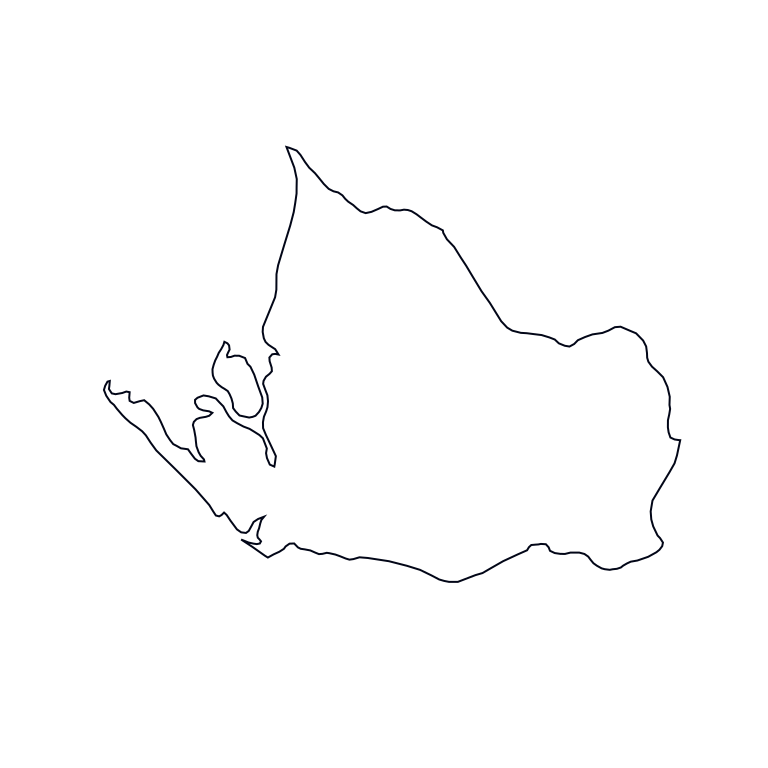 Bendjè, Ogooué-Maritime, Gabon, rotated 339°
{"feature_id": "22940354B80874584292882", "entity_name": "Bendjè", "entity_type": "district", "adm_level": 2, "iso_a3": "GAB", "parent_name": "Gabon", "parent_adm1": "Ogooué-Maritime", "projection": "natural_earth1", "projection_center": [9.224, -0.836], "detail": "fine", "context": "isolated", "style": "outline", "palette": "ink", "viewbox_px": 768, "rotation_deg": 339, "n_neighbors": 0, "source": "geoboundaries", "source_scale": "gbopen_adm2", "svg_char_len": 4655}
<svg xmlns="http://www.w3.org/2000/svg" viewBox="0 0 768 768"><g transform="rotate(339 384 384)"><path d="M494.0,261.7L489.7,256.7L485.6,253.1L481.7,247.6L478.3,242.2L475.2,237.2L471.7,232.6L468.6,230.1L465.1,228.4L461.2,227.7L456.3,225.7L452.8,222.9L450.1,219.3L446.6,218.1L441.2,218.5L434.0,218.8L428.1,217.9L424.0,214.4L421.6,210.3L419.4,205.9L415.9,200.9L414.1,197.1L412.8,193.0L409.8,188.7L405.9,186.0L402.3,182.0L399.5,175.7L397.4,169.2L395.1,162.4L391.7,155.3L389.8,148.4L388.1,140.2L386.1,134.8L380.3,129.6L377.9,127.8L377.8,149.9L376.0,161.4L373.0,168.8L370.6,174.9L366.0,183.2L361.3,191.2L353.2,202.5L341.1,217.9L327.7,235.2L323.0,242.9L317.3,257.4L313.4,264.0L302.7,275.4L291.5,287.3L289.4,291.9L288.2,298.2L288.5,302.3L290.2,306.0L293.2,310.2L294.9,312.5L296.1,318.7L293.2,316.9L290.3,316.2L286.5,318.2L285.4,321.7L285.0,328.4L283.9,331.9L280.8,333.5L276.4,334.9L272.7,337.9L271.2,340.6L271.1,346.6L271.1,352.8L269.5,358.6L266.9,363.9L264.2,367.3L260.2,371.5L257.3,376.3L255.3,381.9L255.5,389.2L256.3,399.6L257.2,412.6L253.4,419.5L252.0,421.8L248.5,418.3L248.2,411.2L249.1,406.3L251.5,402.2L251.5,391.3L249.4,387.0L246.0,382.4L242.4,377.7L237.6,373.4L232.9,368.0L229.5,363.7L227.7,358.6L226.8,353.8L226.0,347.3L223.7,342.0L221.8,337.2L216.0,332.7L211.4,330.0L205.0,330.0L201.9,331.1L200.8,334.1L201.5,339.0L202.5,341.0L205.7,343.8L210.9,346.8L213.4,349.4L209.5,351.0L205.9,350.8L199.9,349.6L196.4,349.6L192.9,351.2L190.9,353.8L190.3,359.0L188.9,366.4L187.9,369.9L186.6,374.9L186.5,381.2L187.1,385.3L188.9,389.9L188.6,392.0L183.0,389.5L180.7,386.0L178.9,379.8L177.6,374.7L174.0,372.7L171.4,371.3L168.2,367.4L165.7,364.6L164.2,359.8L162.7,353.0L162.5,346.8L162.1,339.5L161.6,333.9L159.6,324.4L157.5,318.9L154.3,313.2L149.9,312.5L143.6,312.0L140.5,308.6L141.2,305.5L143.6,300.5L140.7,298.7L136.4,298.6L129.7,297.3L126.5,295.2L125.4,290.1L126.8,287.6L129.1,282.9L126.7,282.7L123.1,285.7L120.4,289.2L120.5,295.4L122.2,302.8L124.4,306.7L125.7,311.3L128.5,319.1L130.3,323.3L133.4,329.3L137.5,335.3L141.3,341.5L143.3,346.6L145.1,355.1L147.6,364.4L158.6,388.5L170.3,414.8L177.5,434.4L178.9,441.8L179.9,446.5L182.7,448.5L185.4,448.1L188.6,446.7L190.2,449.9L191.7,456.6L192.8,460.5L194.6,467.0L197.5,471.3L201.8,473.6L205.1,472.7L210.3,468.3L212.8,466.1L218.1,464.9L224.5,464.9L220.8,467.0L218.6,469.7L215.7,473.9L213.2,476.7L211.5,479.7L211.1,482.2L212.0,484.3L212.8,486.8L210.9,488.4L207.9,487.9L205.0,486.3L200.8,483.5L194.9,478.0L202.7,488.8L211.4,501.8L213.4,504.4L219.9,503.5L226.2,503.1L231.5,502.0L233.9,500.4L238.6,499.2L243.0,500.7L245.1,505.7L247.2,508.0L250.6,509.9L255.6,513.0L259.2,516.6L262.3,519.5L265.6,520.5L270.1,521.1L272.4,522.4L277.5,525.8L281.3,529.1L285.7,533.2L288.8,535.6L292.7,536.5L299.0,537.0L306.5,540.6L325.1,551.2L340.2,561.9L351.0,570.4L359.7,579.7L365.5,586.3L369.6,589.4L373.9,592.1L377.1,593.3L382.0,595.2L400.9,595.2L408.2,595.8L418.2,594.2L431.8,592.1L448.0,591.0L458.0,590.5L460.8,588.3L463.8,587.1L468.0,588.3L470.6,589.1L473.1,589.5L477.7,591.6L479.2,595.5L479.2,599.2L482.8,603.0L487.6,605.7L492.0,607.5L497.5,608.2L505.9,611.4L510.2,614.5L512.8,618.3L513.9,622.2L515.3,626.4L517.6,629.9L521.1,634.1L523.7,636.0L528.2,638.4L531.1,638.9L535.2,640.0L539.4,640.2L542.1,639.3L546.5,638.6L550.7,638.3L557.3,639.6L568.7,640.0L578.0,638.7L581.7,637.5L585.6,635.1L587.6,632.0L586.5,626.8L585.1,623.5L584.3,613.4L585.0,606.2L587.3,598.5L592.9,589.0L604.2,580.1L619.1,568.5L626.8,562.2L631.9,555.7L640.4,542.6L639.1,542.0L635.4,539.9L632.2,536.6L632.4,531.1L633.5,526.2L636.1,519.6L639.4,514.6L642.2,509.8L643.0,505.9L646.2,498.3L647.6,488.3L647.0,477.7L643.6,470.1L640.4,463.8L638.8,457.9L639.1,453.8L640.6,449.4L642.2,442.9L641.5,436.3L637.5,427.0L633.2,422.9L625.4,415.3L619.9,413.7L612.6,414.6L606.2,414.6L596.4,412.4L588.5,412.2L580.7,412.6L575.9,414.8L570.6,415.5L566.5,413.1L561.8,408.7L559.4,403.7L555.1,399.8L548.7,394.8L542.1,391.3L535.4,387.7L530.1,385.3L522.9,380.2L519.2,375.5L515.9,367.4L514.0,357.4L511.9,346.3L508.3,332.4L505.3,315.7L503.1,303.1L501.0,293.5L498.6,281.1L494.6,271.5L493.5,264.1L494.0,261.7ZM252.7,367.6L257.3,365.3L260.9,362.4L263.7,358.9L265.5,352.9L265.7,340.9L266.2,328.7L265.5,320.0L263.8,316.3L263.6,310.0L258.9,305.7L254.6,304.0L250.8,303.9L247.4,302.9L247.8,300.7L249.8,298.7L252.2,296.5L253.2,292.4L252.4,289.9L250.1,287.4L248.1,290.0L244.5,293.1L240.9,295.7L238.0,298.7L234.9,301.5L231.9,305.0L229.2,308.7L228.1,311.8L227.3,314.8L227.3,318.1L228.2,322.9L229.2,325.3L231.4,328.9L233.3,331.3L235.6,334.6L236.2,338.3L236.4,342.9L235.9,347.9L234.5,352.4L235.7,356.6L237.8,361.6L241.0,363.7L246.1,367.0L249.5,367.6L252.7,367.6Z" fill="none" stroke="#020617" stroke-width="2"/></g></svg>